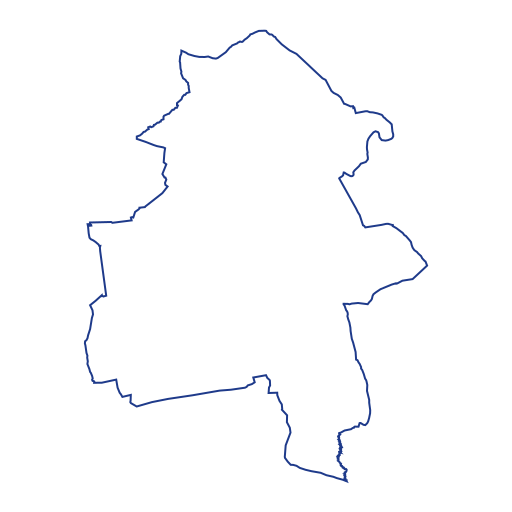 the district of Mandra, Brasov, Romania
{"feature_id": "2599482B32750582414869", "entity_name": "Mandra", "entity_type": "district", "adm_level": 2, "iso_a3": "ROU", "parent_name": "Romania", "parent_adm1": "Brasov", "projection": "robinson", "projection_center": [25.054, 45.815], "detail": "fine", "context": "isolated", "style": "outline", "palette": "blue", "viewbox_px": 512, "rotation_deg": 0, "n_neighbors": 0, "source": "geoboundaries", "source_scale": "gbopen_adm2", "svg_char_len": 6019}
<svg xmlns="http://www.w3.org/2000/svg" viewBox="0 0 512 512"><path d="M346.7,481.3L346.5,480.9L346.2,480.9L346.2,480.6L346.6,480.5L346.6,480.2L345.5,480.1L345.0,479.2L345.4,479.2L345.4,478.9L344.8,478.5L345.3,478.1L344.8,477.5L345.5,476.5L345.4,476.2L344.8,476.3L344.9,475.7L344.5,475.4L344.9,475.0L344.6,474.8L344.8,474.3L344.4,474.0L345.1,473.8L345.1,473.5L344.6,473.4L344.6,472.5L345.2,472.1L345.6,472.3L346.1,471.7L346.4,471.2L346.7,469.9L346.2,469.1L344.6,469.1L344.5,468.5L343.2,467.9L343.5,467.5L342.6,467.2L342.6,466.7L341.7,466.3L341.8,465.9L341.0,465.7L340.7,465.4L341.0,464.0L340.6,463.9L340.7,463.4L339.8,462.8L339.6,462.1L338.0,460.8L338.5,460.4L338.5,459.2L338.0,459.0L338.2,458.5L337.7,458.4L337.7,458.1L338.0,458.1L337.7,457.6L337.8,457.3L337.4,456.9L337.7,456.7L337.5,456.2L338.0,455.5L338.8,455.2L339.1,455.7L339.3,455.1L338.9,454.8L339.0,454.6L339.7,454.7L339.6,454.0L340.0,453.4L339.4,453.7L339.2,452.2L340.3,452.5L339.5,451.7L339.9,451.3L340.4,451.7L340.8,451.3L340.8,451.6L341.0,451.6L341.1,449.7L340.5,449.0L339.9,449.1L339.6,448.6L339.8,448.2L340.0,448.5L340.9,448.3L340.6,447.7L340.8,447.0L341.0,447.3L341.9,447.2L341.3,446.0L340.4,446.1L340.0,445.6L340.3,445.0L340.9,445.4L340.9,444.8L339.7,444.3L340.0,444.1L339.5,443.9L339.3,442.2L340.0,442.4L339.3,441.1L338.8,440.8L339.0,440.3L339.8,440.5L339.6,439.9L338.5,439.3L339.1,438.8L339.1,438.0L338.7,437.6L339.1,437.2L339.0,436.5L338.2,436.3L338.3,436.0L340.1,434.6L339.1,433.7L339.2,433.0L340.6,432.7L344.6,430.5L351.0,429.2L352.7,428.0L354.1,427.6L354.2,427.0L354.8,426.6L358.5,426.7L359.6,423.1L360.6,423.0L363.5,424.8L365.3,425.1L367.2,423.2L368.1,421.5L369.1,418.1L370.1,413.3L370.2,410.1L369.2,402.8L369.2,399.9L367.0,390.9L367.3,385.0L366.5,381.3L366.1,380.1L365.1,378.6L363.8,374.1L362.2,370.0L361.1,368.6L361.1,367.1L359.6,363.8L358.6,362.5L357.5,360.2L356.1,359.6L355.6,352.0L353.1,342.5L351.8,338.8L350.6,331.0L350.4,327.7L349.4,322.5L348.2,319.2L347.4,316.2L347.8,314.3L347.6,312.7L347.1,311.4L346.2,310.3L344.5,305.5L343.6,304.4L343.6,303.8L347.9,303.9L349.5,304.3L351.7,303.6L358.1,303.0L367.7,304.2L369.2,302.2L371.0,300.4L371.9,298.9L372.6,295.9L373.5,294.2L375.8,292.4L380.5,289.2L391.6,284.6L395.9,283.3L396.1,283.7L397.1,283.5L402.4,280.7L412.6,279.1L427.1,265.6L425.5,261.5L424.6,260.9L422.2,258.3L421.1,256.1L418.1,253.4L417.1,252.1L414.4,250.2L413.8,249.4L412.6,247.6L411.6,244.8L411.0,242.1L409.8,240.5L405.9,236.0L404.3,235.1L402.9,233.1L396.3,228.1L392.6,226.0L392.4,225.3L393.7,224.9L392.3,225.0L388.1,223.8L386.0,223.9L381.4,224.9L365.3,227.4L364.2,225.9L363.0,225.3L359.7,215.1L357.9,212.3L356.0,208.4L339.2,178.4L339.4,178.0L342.1,176.3L343.1,175.3L343.7,172.5L344.5,172.6L346.3,173.9L350.5,176.1L351.7,176.2L352.5,176.0L353.4,175.1L353.6,174.3L353.3,172.3L354.5,170.5L359.0,166.2L360.8,163.7L365.8,162.0L367.8,159.4L367.9,157.6L367.3,153.9L367.6,152.6L367.0,149.3L366.9,147.1L367.4,141.4L368.5,138.6L370.2,136.1L373.5,132.3L375.5,131.3L378.0,132.1L378.9,133.4L379.5,137.3L381.7,140.1L385.5,140.6L388.1,140.1L391.4,138.8L392.4,137.9L393.2,136.4L393.2,134.3L392.4,131.4L391.7,124.3L390.5,123.3L390.4,122.9L386.5,119.8L384.7,117.9L383.7,117.4L382.3,115.3L381.6,114.8L377.5,113.4L372.9,112.4L369.8,112.2L367.2,111.2L365.2,111.3L355.8,113.1L354.3,107.6L353.3,108.0L353.0,106.2L350.6,106.4L345.2,104.0L344.1,103.8L340.7,97.5L337.8,95.0L333.6,92.9L331.4,90.9L325.6,79.9L322.5,78.3L296.5,53.9L289.6,50.4L281.7,44.3L276.5,39.1L275.2,37.0L273.8,36.5L272.3,34.9L271.6,34.5L269.5,34.4L267.0,32.2L266.2,30.9L264.9,30.7L258.8,30.9L254.9,32.5L252.4,33.8L250.3,34.4L249.7,35.5L246.8,38.2L244.7,39.6L242.5,41.8L241.2,41.9L240.0,41.5L239.1,42.1L238.3,42.3L237.1,43.4L232.2,45.4L231.0,46.8L229.7,47.6L225.8,52.2L217.7,58.0L215.9,58.6L212.6,58.2L208.2,56.5L204.7,57.0L199.2,56.9L194.4,56.0L188.3,54.2L186.1,52.7L181.4,50.6L181.3,53.8L180.2,56.2L179.7,61.6L180.1,62.5L180.5,68.4L181.4,71.7L181.1,73.3L183.1,78.3L184.9,79.5L185.8,80.3L186.2,81.3L188.1,82.9L188.1,84.7L188.7,85.9L188.7,87.9L189.5,92.2L186.5,93.1L185.3,94.8L184.2,94.8L182.4,96.8L181.5,99.3L177.0,103.1L177.0,105.2L177.9,105.5L176.9,107.8L175.4,107.8L173.7,109.8L172.4,109.8L168.9,113.9L168.1,113.9L164.1,115.7L163.5,116.7L163.5,119.3L161.4,120.0L160.7,121.6L159.9,121.6L158.8,122.7L157.4,122.7L155.0,124.7L153.9,124.9L153.5,126.3L151.2,127.2L150.2,126.5L148.2,127.3L148.7,129.1L147.3,129.6L144.9,131.7L143.6,131.9L142.2,133.6L140.0,135.4L136.8,136.5L136.8,138.9L145.4,141.8L153.6,145.0L156.9,146.1L163.3,147.4L165.1,148.2L164.4,152.9L163.7,162.3L166.3,164.3L162.4,174.0L164.5,177.5L165.4,177.5L166.3,179.6L165.0,182.9L165.4,184.9L167.6,186.5L162.4,193.1L145.3,206.5L144.9,207.1L139.5,207.7L139.6,208.3L138.6,209.4L135.1,211.9L133.3,217.5L132.1,217.1L130.9,217.5L131.6,220.4L112.4,222.8L111.2,222.0L90.0,222.5L90.2,224.1L87.6,224.2L87.8,225.2L91.2,225.1L91.3,225.6L88.0,225.9L88.7,233.4L89.5,237.7L90.8,239.2L93.3,240.4L95.6,242.0L98.6,244.6L99.3,246.0L100.3,245.9L99.9,247.7L100.2,251.3L106.2,295.7L103.4,296.5L102.7,296.0L101.9,296.1L101.8,295.2L95.6,300.8L90.1,305.2L92.5,310.3L93.0,314.4L91.9,318.0L90.1,329.1L88.1,335.3L87.5,338.2L86.5,340.1L85.1,341.3L84.9,343.4L85.4,345.3L86.5,353.0L87.4,355.6L87.2,357.7L87.8,361.3L87.4,364.0L89.4,369.1L90.1,371.9L90.8,372.8L92.1,375.9L92.7,378.4L92.1,379.8L92.6,380.9L93.8,381.1L94.3,381.6L94.1,382.8L101.9,382.7L116.2,379.6L117.6,387.7L119.7,392.8L120.9,394.3L122.4,396.9L130.8,394.9L130.6,400.6L130.3,402.1L130.9,403.1L136.7,406.5L152.0,402.1L168.1,398.9L192.4,395.3L219.7,390.6L231.1,389.7L245.0,387.7L246.6,386.9L247.8,385.4L251.9,384.1L254.7,382.3L253.3,377.5L266.0,375.2L267.3,377.9L269.6,380.0L269.9,380.7L270.1,385.5L269.0,387.5L268.6,393.0L277.2,392.7L277.3,395.2L279.5,400.9L281.8,404.4L282.2,408.9L281.9,409.7L287.1,415.3L286.9,422.2L289.8,427.7L290.5,432.6L285.7,445.3L285.6,446.4L284.8,456.8L285.0,457.9L287.7,461.6L290.7,464.8L293.2,464.9L296.5,465.8L299.8,467.9L305.6,469.8L311.5,471.2L320.7,472.8L326.4,475.2L333.4,476.8L336.8,478.1L342.7,479.7L346.7,481.3Z" fill="none" stroke="#1e3a8a" stroke-width="2"/></svg>